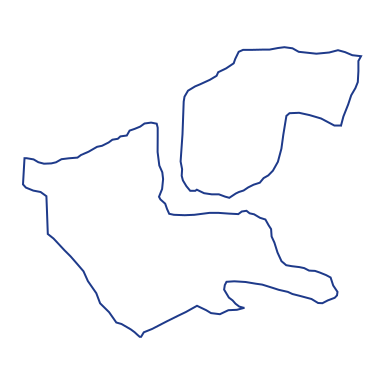 Nacka, Stockholm, Sweden
{"feature_id": "70781695B29923564052107", "entity_name": "Nacka", "entity_type": "district", "adm_level": 2, "iso_a3": "SWE", "parent_name": "Sweden", "parent_adm1": "Stockholm", "projection": "albers", "projection_center": [18.245, 59.301], "detail": "fine", "context": "isolated", "style": "outline", "palette": "blue", "viewbox_px": 384, "rotation_deg": 0, "n_neighbors": 0, "source": "geoboundaries", "source_scale": "gbopen_adm2", "svg_char_len": 2468}
<svg xmlns="http://www.w3.org/2000/svg" viewBox="0 0 384 384"><path d="M244.5,307.8L243.7,307.8L239.3,306.6L235.5,303.7L232.6,300.4L228.9,297.6L226.5,293.6L224.1,289.6L224.8,285.1L226.5,281.8L234.3,281.3L245.6,282.0L255.8,283.7L262.2,284.6L272.8,287.9L278.7,289.8L287.9,291.9L292.4,294.0L299.9,295.9L311.5,299.0L318.1,303.0L322.4,303.2L327.8,300.4L334.7,297.8L337.0,295.4L337.5,291.9L333.2,285.5L330.6,277.5L326.1,275.1L319.7,272.5L315.0,270.9L309.1,270.6L304.2,268.1L299.4,267.1L291.9,266.2L286.2,265.2L281.5,261.2L277.5,252.5L274.4,242.6L271.6,236.5L271.1,229.1L268.7,225.4L265.4,219.5L260.0,217.8L254.1,214.3L249.6,213.3L246.5,210.8L241.8,211.5L238.3,214.1L228.8,213.6L218.9,212.9L209.3,212.9L199.8,214.1L194.4,214.8L184.7,215.2L173.9,214.8L169.2,213.8L167.0,208.9L165.2,203.7L160.4,199.4L159.0,196.8L162.1,189.0L163.1,179.1L162.3,172.3L159.3,165.5L157.6,152.0L157.7,136.5L157.7,127.7L156.7,123.7L151.1,122.6L144.5,123.5L140.2,126.6L134.6,128.9L129.6,130.6L126.8,135.5L120.4,136.4L117.8,138.8L112.4,139.7L108.6,142.5L102.0,145.8L97.1,146.8L93.8,148.7L88.6,151.7L81.0,155.0L77.5,157.6L68.8,158.3L61.5,159.2L56.0,162.3L51.3,163.4L44.0,163.7L38.3,162.2L33.6,159.4L26.6,158.2L24.5,158.2L23.0,184.4L25.9,187.6L33.3,190.6L40.6,192.0L46.4,196.2L46.9,209.0L47.8,234.0L53.5,238.5L64.4,250.2L70.7,256.5L77.5,264.3L83.5,271.3L87.9,281.1L96.3,293.2L100.1,303.3L109.1,312.2L116.3,322.5L121.5,324.0L130.8,329.4L134.6,332.2L137.3,334.7L139.7,336.8L141.1,336.8L143.8,332.3L152.0,329.0L167.1,321.2L178.2,315.7L185.9,312.0L191.8,308.7L197.0,305.8L206.2,310.2L211.0,313.1L219.9,314.2L228.4,310.2L236.9,309.8L244.5,307.8ZM361.0,56.2L359.3,56.0L352.3,55.2L345.0,52.1L338.0,50.2L329.2,52.5L316.4,53.7L298.7,51.8L292.5,48.3L284.4,47.2L278.1,48.0L269.5,49.6L263.2,49.6L250.2,49.9L243.0,49.9L238.7,51.8L235.2,59.0L233.7,63.3L226.1,68.4L218.2,72.2L216.6,75.8L209.9,79.8L200.1,84.3L195.1,86.4L188.0,90.7L184.5,96.7L183.7,101.6L182.5,134.1L180.6,161.5L182.1,169.2L181.7,175.8L182.9,180.4L186.4,186.2L190.2,190.8L195.3,190.8L196.8,189.7L204.1,193.2L211.5,194.3L218.8,194.3L225.0,196.6L229.3,197.8L235.8,193.5L238.9,192.0L243.6,190.5L248.2,187.4L253.6,184.7L259.8,182.7L263.6,178.1L268.3,175.4L272.9,170.7L277.9,161.8L281.4,148.7L283.3,134.8L286.4,115.9L289.5,113.2L299.1,112.8L309.6,115.1L321.1,118.5L327.7,122.0L334.3,125.5L340.5,125.5L341.0,125.6L343.4,116.5L348.2,104.4L351.2,95.3L355.4,88.1L357.8,82.1L358.4,71.2L358.4,61.0L361.0,56.2Z" fill="none" stroke="#1e3a8a" stroke-width="2"/></svg>